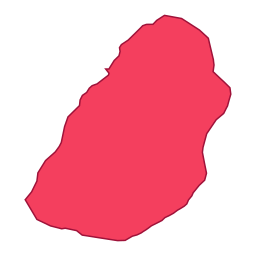 outline of Mbandaka, Équateur, Democratic Republic of the Congo
{"feature_id": "63176286B82661241826895", "entity_name": "Mbandaka", "entity_type": "district", "adm_level": 2, "iso_a3": "COD", "parent_name": "Democratic Republic of the Congo", "parent_adm1": "Équateur", "projection": "mercator", "projection_center": [18.267, -0.084], "detail": "fine", "context": "isolated", "style": "filled", "palette": "rose", "viewbox_px": 256, "rotation_deg": 0, "n_neighbors": 0, "source": "geoboundaries", "source_scale": "gbopen_adm2", "svg_char_len": 1420}
<svg xmlns="http://www.w3.org/2000/svg" viewBox="0 0 256 256"><path d="M230.8,94.2L230.1,88.9L229.9,87.7L224.1,82.0L220.2,78.4L213.1,71.7L214.0,65.0L213.5,61.1L213.4,59.8L209.5,43.4L208.3,38.2L199.4,30.0L181.6,18.5L169.0,16.2L164.5,15.4L162.4,16.7L156.7,20.4L153.0,24.3L146.4,24.4L142.7,25.7L139.7,28.8L128.2,40.1L121.4,44.6L120.4,46.2L119.5,47.6L120.1,51.6L120.0,51.8L119.0,55.8L117.6,57.2L114.2,60.5L108.9,69.0L105.7,69.0L109.0,73.2L108.4,75.2L106.7,76.5L106.0,77.0L104.1,78.5L103.8,78.7L97.1,83.9L93.7,85.1L92.1,85.7L89.3,88.2L88.0,90.3L86.7,92.4L86.2,92.8L82.4,95.4L80.1,100.0L79.5,105.6L68.0,116.9L64.6,126.6L61.3,142.5L59.3,146.4L55.3,151.9L45.6,160.5L37.9,172.9L37.7,174.7L36.9,181.1L31.8,191.5L31.6,191.9L25.5,199.4L25.2,199.7L36.9,219.4L39.6,220.7L50.5,225.9L59.2,228.1L61.7,228.8L65.2,228.2L76.6,230.6L82.2,235.1L87.5,235.9L98.2,237.6L117.6,240.6L124.6,240.4L125.1,240.4L132.3,236.2L134.1,235.7L137.0,234.9L141.2,232.9L143.2,231.5L145.8,229.9L147.8,228.5L151.4,225.8L161.9,220.5L164.9,217.6L169.7,215.3L173.5,213.2L177.3,210.3L180.3,208.6L184.2,206.2L186.8,203.9L188.5,199.9L191.8,195.9L193.2,192.7L195.1,190.4L199.2,185.3L200.2,184.4L200.4,184.2L204.2,180.6L204.4,180.5L204.6,180.3L205.3,177.8L206.5,173.2L204.3,162.3L202.4,152.3L203.0,147.4L206.7,133.7L216.2,119.7L223.7,113.4L226.5,107.8L227.5,106.0L227.8,104.8L228.8,101.1L228.9,100.7L230.8,94.2Z" fill="#f43f5e" stroke="#9f1239" stroke-width="1.5"/></svg>